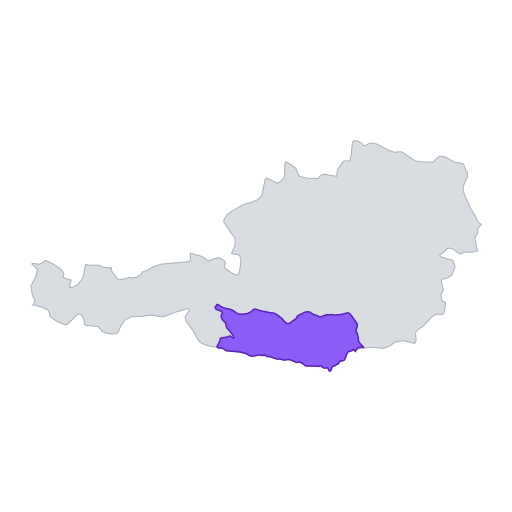 location of Kärnten within Austria
{"feature_id": "AUT-2325", "entity_name": "Kärnten", "entity_type": "State", "adm_level": 1, "iso_a3": "AUT", "parent_name": "Austria", "parent_adm1": "", "projection": "orthographic", "projection_center": [13.787, 46.758], "detail": "fine", "context": "in_parent", "style": "filled", "palette": "violet", "viewbox_px": 512, "rotation_deg": 0, "n_neighbors": 0, "source": "natural_earth", "source_scale": "10m", "svg_char_len": 6045}
<svg xmlns="http://www.w3.org/2000/svg" viewBox="0 0 512 512"><path d="M30.7,286.3L36.1,275.9L37.5,269.4L33.5,265.3L31.7,264.0L33.2,263.3L39.2,264.3L43.1,262.3L45.3,260.3L50.5,262.6L58.1,267.1L61.7,270.0L63.1,272.2L63.9,274.1L63.2,277.1L65.0,278.4L68.6,279.1L71.1,280.1L70.0,284.2L69.7,287.5L73.1,287.2L77.5,284.8L81.1,280.4L83.3,276.0L85.4,265.2L86.0,264.3L88.5,265.2L98.9,265.2L103.7,267.4L111.5,268.0L111.3,269.7L112.6,272.5L115.9,276.4L117.5,279.0L121.1,279.5L126.7,278.4L130.0,277.0L131.2,278.1L136.4,277.3L141.0,274.3L142.2,272.0L146.8,270.5L153.1,266.8L161.6,264.1L189.4,261.6L190.5,259.2L190.2,253.7L191.0,252.9L194.4,254.4L200.0,255.7L204.3,257.8L207.0,260.3L209.6,260.5L213.6,258.8L219.0,257.7L224.1,260.4L225.5,263.3L224.6,264.7L224.6,267.0L226.2,269.0L230.3,272.1L235.5,274.9L238.3,274.7L239.3,272.1L240.4,265.9L240.8,259.2L239.6,255.4L236.8,254.4L233.4,254.1L231.6,253.3L232.3,251.2L235.0,245.8L235.1,238.5L229.1,230.2L223.9,222.1L224.0,219.4L227.2,214.7L232.1,211.0L242.9,204.8L246.4,203.6L250.7,202.5L257.0,200.0L260.1,197.4L262.1,194.5L265.1,179.6L265.8,178.9L266.7,178.1L277.6,183.3L278.6,182.4L280.4,181.6L284.0,177.6L284.8,174.6L284.7,168.9L285.0,163.6L285.7,161.9L287.4,162.5L292.1,165.3L295.8,168.4L299.3,176.3L307.5,178.3L317.8,178.5L321.5,174.9L324.8,174.1L328.6,175.1L336.6,176.3L337.4,169.9L341.9,163.2L343.9,160.9L349.8,161.0L351.1,156.0L352.4,142.3L353.6,140.8L357.8,141.0L362.0,143.5L363.3,145.5L365.5,145.3L368.5,143.8L371.9,142.9L377.2,144.2L388.7,150.2L394.6,152.3L398.3,151.8L401.7,151.8L415.4,161.0L424.8,162.1L433.4,161.9L436.0,158.9L439.6,156.3L443.4,156.5L446.7,157.7L453.4,161.6L456.4,162.6L460.4,163.1L463.4,163.9L466.2,171.0L467.7,172.9L467.5,173.8L467.4,177.1L465.3,181.4L463.1,186.9L463.4,191.7L470.3,208.0L476.3,217.8L477.6,221.6L481.3,224.4L478.0,228.3L477.6,233.8L475.5,236.3L475.0,239.5L476.1,242.3L476.2,245.9L477.7,250.8L472.2,252.1L465.7,252.2L463.3,252.5L461.2,254.0L458.9,253.4L452.8,249.0L449.5,248.1L447.1,248.4L445.4,250.5L442.5,253.2L439.7,255.1L440.4,256.7L452.8,260.4L455.2,266.7L453.0,272.0L452.3,274.6L449.5,276.7L446.0,278.6L441.8,279.2L441.4,282.0L443.4,290.2L442.1,292.0L440.8,294.7L442.3,301.4L445.0,301.8L445.6,303.3L445.2,306.1L444.9,309.1L444.0,312.2L443.6,313.6L441.9,314.5L436.3,314.2L431.7,317.0L422.4,326.9L419.1,328.6L415.6,332.5L416.1,340.9L415.6,341.6L414.8,343.4L403.2,340.7L402.8,340.8L395.2,342.0L390.0,346.0L383.7,348.3L370.2,347.4L357.2,349.1L354.2,350.3L350.8,351.0L347.7,353.3L345.9,356.5L342.7,360.5L338.1,363.7L333.1,366.1L331.9,368.2L330.3,369.3L327.5,367.8L325.2,367.9L322.4,366.9L313.1,365.9L303.0,364.1L298.2,362.3L292.7,360.9L286.8,359.8L281.5,359.5L278.9,359.0L266.2,355.9L257.8,355.6L246.8,354.2L225.0,349.3L218.6,347.4L212.5,346.7L205.4,345.0L199.9,342.2L196.5,337.2L192.9,330.4L186.3,321.6L185.0,317.2L187.1,313.4L189.3,310.6L189.1,309.3L187.5,308.7L175.4,312.2L163.7,316.6L159.2,316.6L154.8,315.4L148.9,315.2L143.2,316.3L131.9,316.6L125.2,319.8L120.7,326.4L118.3,331.8L116.3,333.5L112.3,334.0L106.4,333.3L102.3,331.5L98.3,326.7L91.7,325.8L85.7,325.4L84.2,324.5L84.4,321.5L82.3,315.7L78.4,313.7L67.8,324.0L65.0,324.8L57.0,321.5L50.1,316.5L49.4,313.1L48.4,310.3L42.6,307.4L35.2,305.3L32.8,305.1L33.9,303.6L34.9,300.9L34.4,298.7L32.8,296.3L32.0,293.8L31.8,291.5L31.4,289.5L31.2,287.7L30.7,286.3Z" fill="#d9dde1" stroke="#a8b0b8" stroke-width="1"/><path d="M219.0,348.2L218.5,348.0L217.4,347.1L216.9,346.9L217.2,346.2L219.2,342.3L219.7,341.1L220.0,340.0L220.2,338.5L221.5,337.9L226.9,337.1L229.3,336.1L230.0,336.0L230.6,336.3L232.8,337.9L233.3,338.0L233.5,337.9L233.7,337.7L233.8,337.5L233.8,337.3L233.9,337.0L233.5,336.3L230.0,331.3L227.2,328.3L226.6,327.4L226.2,326.0L226.1,324.9L225.8,323.6L225.4,322.7L224.6,321.9L224.0,321.4L222.8,320.3L222.3,319.3L221.8,318.5L221.4,317.7L221.2,316.9L221.1,316.5L221.2,316.1L221.2,315.5L221.4,314.8L222.2,313.0L222.3,312.1L221.8,311.4L216.6,309.6L215.9,308.9L215.4,308.2L215.2,306.6L216.0,306.1L216.2,305.9L216.5,305.6L216.5,305.3L216.6,305.0L216.7,304.8L216.9,304.6L217.1,304.4L217.7,304.5L218.4,304.8L220.8,306.4L223.5,307.8L227.2,308.7L229.1,309.0L232.0,309.9L236.7,313.1L237.7,313.6L238.8,314.0L240.6,314.2L245.1,313.9L247.4,313.5L250.6,312.0L252.0,310.9L253.5,309.4L254.4,309.2L255.5,309.1L257.8,309.9L263.3,311.4L264.6,311.5L270.6,312.8L273.3,313.0L274.8,313.5L276.9,314.6L282.1,318.6L283.8,320.9L286.1,322.8L287.0,323.4L287.5,323.7L288.6,323.5L289.7,323.2L293.4,320.3L295.6,319.2L296.5,317.7L296.8,317.1L297.0,316.6L297.5,316.0L298.4,315.3L305.0,312.2L306.7,311.8L308.8,311.8L310.4,312.5L312.8,314.2L317.1,315.6L318.1,316.0L318.7,316.5L318.9,316.8L319.4,316.9L320.5,316.9L326.6,314.7L328.2,314.8L332.1,314.5L333.7,315.2L341.1,314.5L347.7,312.8L348.6,313.0L349.2,313.4L350.1,314.1L352.5,317.0L357.3,324.1L357.2,326.7L356.9,327.8L356.5,328.6L356.2,329.7L356.1,330.2L356.2,331.0L356.6,332.1L357.5,334.2L358.2,337.3L358.4,340.2L359.2,342.3L363.0,346.6L363.5,347.2L363.5,347.3L362.3,347.1L360.9,347.0L357.4,348.2L355.3,351.4L354.1,349.8L353.2,349.6L352.4,350.2L351.1,351.0L350.8,351.1L349.8,351.2L349.0,351.1L348.2,351.5L347.2,352.9L346.6,354.4L346.1,355.9L345.7,357.2L345.1,358.7L344.6,359.8L344.3,360.1L342.9,360.7L341.4,361.0L340.8,360.6L339.8,361.1L339.5,361.5L339.2,362.1L338.5,363.0L338.1,364.1L337.6,364.0L337.3,363.9L337.0,364.0L335.8,365.3L335.2,365.7L334.6,365.9L333.3,366.0L332.7,366.3L331.8,367.6L331.3,369.3L331.0,370.0L330.8,370.7L329.7,371.2L328.9,370.4L328.2,368.9L327.4,367.7L325.3,368.2L324.3,368.1L323.4,367.7L322.4,367.2L322.1,366.8L321.9,366.4L321.6,365.9L320.9,365.8L318.9,366.3L311.6,366.1L306.0,366.0L305.9,365.9L305.3,365.8L301.9,362.8L301.0,362.4L300.0,362.1L298.9,362.1L297.9,362.3L296.9,362.5L295.9,362.3L290.4,359.7L288.6,359.4L284.6,360.1L283.8,360.1L279.8,359.1L278.9,359.0L278.0,359.2L277.1,359.1L269.8,356.7L267.2,356.6L266.7,356.3L265.9,355.3L265.5,355.2L261.8,355.4L259.1,354.9L253.0,356.2L250.6,356.1L249.3,355.5L245.5,353.2L240.5,352.0L226.4,350.8L223.0,348.5L221.5,348.0L221.0,347.8L220.6,347.9L219.6,348.2L219.0,348.2Z" fill="#8b5cf6" stroke="#5b21b6" stroke-width="1.5"/></svg>